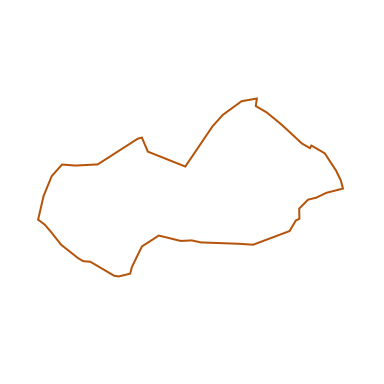 the district of Faqus, Ash Sharqiyah, Egypt, rotated 119°
{"feature_id": "37247803B81892076694929", "entity_name": "Faqus", "entity_type": "district", "adm_level": 2, "iso_a3": "EGY", "parent_name": "Egypt", "parent_adm1": "Ash Sharqiyah", "projection": "albers", "projection_center": [31.802, 30.723], "detail": "fine", "context": "isolated", "style": "outline", "palette": "amber", "viewbox_px": 384, "rotation_deg": 119, "n_neighbors": 0, "source": "geoboundaries", "source_scale": "gbopen_adm2", "svg_char_len": 873}
<svg xmlns="http://www.w3.org/2000/svg" viewBox="0 0 384 384"><g transform="rotate(119 192 192)"><path d="M142.5,86.8L136.6,80.5L127.6,74.1L115.8,61.6L109.6,67.6L103.3,76.6L93.8,94.7L93.6,103.2L93.5,110.1L96.5,110.1L96.4,113.2L96.3,119.3L91.2,140.0L89.6,146.7L86.2,165.1L86.0,174.3L85.9,177.9L78.8,180.6L88.6,192.7L109.5,202.4L124.6,205.9L173.0,210.2L174.0,218.2L177.6,246.2L178.1,250.2L168.7,262.2L171.7,265.3L174.5,266.8L207.9,284.8L213.6,287.9L225.3,306.6L231.0,319.0L246.1,322.4L267.3,319.9L290.8,313.2L291.9,305.2L295.2,296.1L301.6,280.9L305.1,259.5L305.2,255.6L305.2,253.4L302.3,247.2L303.0,219.6L301.4,215.2L293.4,206.5L286.7,208.2L275.9,208.8L263.8,209.4L257.4,205.9L246.4,200.1L246.2,199.9L240.3,178.2L234.5,168.8L231.7,159.6L214.3,125.4L208.5,113.0L178.8,87.7L166.7,87.4L163.4,85.1L154.5,90.2L142.5,86.8Z" fill="none" stroke="#b45309" stroke-width="2"/></g></svg>